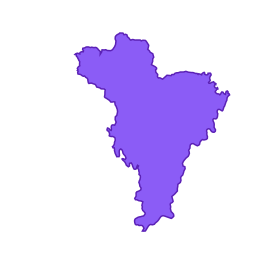 Corumbaíba, Goiás, Brazil, rotated 296°
{"feature_id": "56859067B1207284648191", "entity_name": "Corumbaíba", "entity_type": "district", "adm_level": 2, "iso_a3": "BRA", "parent_name": "Brazil", "parent_adm1": "Goiás", "projection": "mercator", "projection_center": [-48.545, -18.11], "detail": "fine", "context": "isolated", "style": "filled", "palette": "violet", "viewbox_px": 256, "rotation_deg": 296, "n_neighbors": 0, "source": "geoboundaries", "source_scale": "gbopen_adm2", "svg_char_len": 5458}
<svg xmlns="http://www.w3.org/2000/svg" viewBox="0 0 256 256"><g transform="rotate(296 128 128)"><path d="M202.3,204.8L203.1,203.8L203.1,202.6L204.3,202.2L204.8,201.0L203.9,200.2L202.8,200.4L201.7,200.5L200.9,200.9L200.8,199.7L201.1,198.8L201.8,197.7L201.6,196.6L200.5,196.3L199.5,196.4L198.1,196.0L198.4,195.0L198.2,194.0L197.8,193.1L198.0,192.2L198.2,191.0L199.2,190.4L200.2,190.7L201.6,190.8L202.5,191.7L203.5,190.7L202.6,190.1L202.4,188.8L203.0,187.6L204.2,187.1L205.3,187.0L205.4,187.9L206.4,187.6L206.5,186.7L206.4,185.7L207.1,184.7L206.4,184.0L205.6,183.1L204.8,182.6L204.1,182.1L203.7,181.1L204.3,180.4L205.9,181.0L207.0,181.0L207.8,180.1L208.9,179.4L210.0,179.3L211.0,179.3L211.8,179.5L212.7,179.1L213.4,178.1L212.9,176.9L212.2,175.9L211.4,176.4L210.3,175.7L209.9,174.4L210.0,173.3L211.0,172.9L211.4,172.1L210.7,171.4L209.9,171.0L208.9,170.6L208.1,170.8L208.0,169.2L207.7,167.7L206.9,167.5L207.3,166.1L206.7,165.0L206.3,162.0L205.7,160.8L204.6,157.7L204.3,155.2L202.7,153.4L201.2,150.4L199.7,148.9L198.8,147.3L197.7,146.2L196.2,145.8L195.3,144.0L194.0,143.8L192.5,139.9L187.1,137.7L187.1,134.7L186.3,133.3L187.0,132.0L189.2,131.2L190.3,128.6L192.4,127.3L193.7,127.8L194.5,127.3L195.0,125.6L195.2,121.3L198.6,121.0L201.1,119.9L202.9,120.1L205.6,117.7L205.8,114.8L206.8,113.3L207.4,111.2L208.5,111.1L210.2,110.7L211.5,110.3L214.0,106.3L214.3,105.0L213.3,102.8L212.1,101.7L212.4,100.4L210.1,95.7L209.7,93.7L209.3,93.0L208.2,92.0L208.4,90.9L209.3,89.4L209.8,87.4L211.2,86.3L211.2,84.8L210.1,83.5L211.1,81.8L209.7,78.9L208.6,78.5L207.1,77.3L205.5,76.7L204.4,76.6L202.7,77.3L202.0,77.8L201.0,79.0L197.6,80.2L195.0,80.3L191.8,79.8L190.7,79.2L189.9,78.5L188.6,75.5L188.6,73.7L187.7,72.4L186.9,70.4L184.8,71.0L182.2,70.7L184.6,69.7L185.4,67.0L185.9,66.2L186.4,64.5L186.2,63.5L185.3,62.1L184.7,59.9L184.0,59.2L183.7,58.3L183.5,56.9L182.7,55.3L182.1,54.6L181.2,54.1L179.8,52.4L178.5,52.9L178.0,54.1L177.0,54.4L176.3,53.0L175.2,52.0L174.4,51.8L173.4,52.2L173.3,51.0L173.0,49.6L171.7,48.4L170.8,48.1L171.1,49.5L169.9,50.2L169.4,51.6L168.7,52.3L167.9,53.5L167.2,54.2L166.6,55.4L165.5,55.9L164.0,56.5L162.8,57.4L161.5,56.6L159.4,56.3L158.4,57.5L157.5,57.2L157.1,58.3L155.7,58.5L154.6,59.4L155.0,60.8L155.3,62.0L154.9,63.9L154.9,65.2L155.7,66.2L155.0,67.7L154.9,69.3L154.2,70.5L153.0,71.2L151.2,72.6L150.9,73.4L151.6,74.2L152.4,75.7L152.5,77.3L152.8,79.2L152.4,80.3L151.1,81.9L151.6,84.4L151.7,85.2L151.4,86.7L152.6,89.4L152.3,90.8L150.4,91.4L148.1,92.5L145.7,93.2L145.3,94.0L145.2,95.7L144.7,99.3L143.8,101.1L144.3,102.3L145.3,103.6L145.6,104.8L144.3,105.5L143.1,106.4L142.3,107.8L139.9,110.3L138.0,111.5L134.5,112.4L132.4,111.7L129.9,112.8L128.8,113.9L128.1,114.8L124.7,114.8L124.2,113.0L123.3,112.2L122.3,112.2L120.9,112.8L119.8,113.6L118.5,113.9L118.3,112.8L118.8,112.0L119.2,110.7L119.0,109.6L117.4,109.8L116.6,110.4L116.5,112.2L114.6,114.1L112.8,114.5L112.7,115.5L113.0,116.7L113.6,117.7L113.8,119.0L113.3,120.8L111.4,121.9L109.3,122.1L107.5,122.8L105.5,122.7L104.4,122.2L103.6,123.3L104.1,124.4L103.0,125.2L101.8,125.7L99.5,127.7L98.5,129.0L97.3,130.5L98.3,132.5L99.6,132.4L102.6,130.6L103.9,130.1L105.2,130.2L106.0,130.7L105.7,132.1L104.7,133.4L103.3,134.4L102.4,135.8L101.6,137.8L100.1,139.4L98.5,139.3L98.2,136.7L97.5,136.2L96.9,137.3L96.4,139.2L95.6,140.8L93.8,142.9L93.3,145.3L94.5,146.0L95.6,145.5L96.9,144.9L98.0,146.2L97.0,147.8L95.5,149.1L94.8,150.0L93.8,151.2L93.9,152.3L94.6,153.2L95.7,153.2L97.4,152.9L98.7,152.9L98.5,154.1L96.9,154.1L96.0,154.5L95.1,156.0L94.1,156.5L93.1,157.5L91.0,158.3L90.6,159.9L89.3,160.7L86.7,161.4L85.8,161.3L83.9,161.6L82.7,162.9L80.9,164.2L79.7,166.1L78.0,166.6L76.5,165.7L75.6,164.9L74.5,163.9L73.2,163.7L71.5,164.6L70.0,165.2L68.9,165.0L67.7,164.9L66.8,166.1L67.4,167.5L67.4,169.6L68.1,171.7L68.2,173.6L67.1,173.9L65.4,174.2L64.4,174.5L63.4,175.5L61.9,175.8L61.0,176.7L60.3,177.5L60.1,178.5L59.7,179.3L59.2,180.5L58.5,181.0L57.7,181.0L55.8,180.6L55.0,179.5L53.8,178.2L53.0,177.1L52.2,176.2L49.6,174.4L48.6,174.3L47.4,174.6L46.0,175.5L44.8,176.6L44.5,177.8L45.4,179.3L45.2,180.7L46.3,182.5L46.5,183.8L46.0,184.8L44.9,186.3L41.7,186.1L42.3,187.5L43.1,188.8L48.7,189.3L50.3,189.8L51.3,190.7L51.6,192.2L52.2,193.0L53.1,193.9L54.6,194.2L56.5,195.1L57.6,195.5L59.0,195.8L61.3,196.1L63.1,196.5L64.5,197.8L64.9,199.4L65.7,206.5L66.6,207.1L67.9,207.6L68.9,207.8L70.5,206.7L71.2,205.1L71.8,203.4L74.0,201.5L75.9,200.9L78.0,199.3L78.9,199.3L80.6,200.5L81.9,200.7L85.7,197.4L86.8,197.9L89.1,198.9L93.0,200.0L95.2,198.9L97.4,198.3L99.2,197.5L102.0,198.9L104.1,198.6L106.4,197.1L107.9,197.1L109.8,197.8L111.1,197.6L112.5,197.4L113.9,197.1L116.4,197.2L118.1,196.1L118.0,194.1L120.2,192.4L123.0,192.5L126.3,193.3L129.0,194.5L130.4,194.5L132.1,194.3L133.4,193.4L134.6,192.3L137.1,192.5L138.6,191.8L140.1,191.4L141.7,192.0L142.6,193.5L142.4,195.2L142.4,198.1L143.4,199.0L144.5,199.5L146.9,198.9L149.0,199.3L150.4,200.2L150.5,201.4L152.0,203.3L153.3,203.9L155.1,203.2L156.3,202.0L157.4,201.3L158.5,201.0L159.7,199.9L161.2,199.6L162.0,200.1L162.7,200.8L162.9,202.1L161.9,203.8L161.5,204.6L161.4,205.5L161.5,206.4L162.2,207.5L163.4,207.9L164.8,207.4L166.3,205.1L169.2,203.8L170.4,202.9L171.7,201.3L173.0,200.6L174.0,201.0L174.7,203.0L175.5,203.5L177.2,203.5L180.3,202.4L180.7,201.7L182.0,200.8L183.0,200.6L184.2,200.9L184.8,202.0L184.8,203.4L184.6,204.4L184.8,205.3L185.6,205.5L188.9,205.0L189.9,205.2L194.7,204.6L196.0,204.7L198.8,203.8L200.0,203.9L201.3,204.3L202.3,204.8Z" fill="#8b5cf6" stroke="#5b21b6" stroke-width="1.5"/></g></svg>